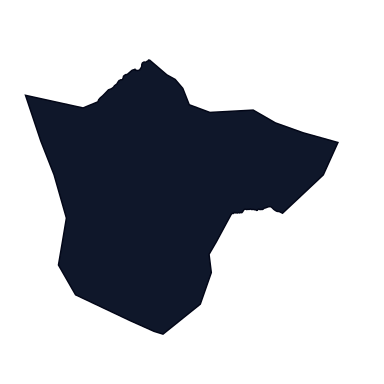 outline of To'grog, Govi-Altay, Mongolia, rotated 262°
{"feature_id": "93677404B72988397034040", "entity_name": "To'grog", "entity_type": "district", "adm_level": 2, "iso_a3": "MNG", "parent_name": "Mongolia", "parent_adm1": "Govi-Altay", "projection": "orthographic", "projection_center": [94.989, 45.729], "detail": "fine", "context": "isolated", "style": "filled", "palette": "ink", "viewbox_px": 384, "rotation_deg": 262, "n_neighbors": 0, "source": "geoboundaries", "source_scale": "gbopen_adm2", "svg_char_len": 1790}
<svg xmlns="http://www.w3.org/2000/svg" viewBox="0 0 384 384"><g transform="rotate(262 192 192)"><path d="M220.7,343.4L235.3,310.0L248.9,284.1L264.6,264.0L268.3,220.8L278.8,201.4L295.9,197.3L305.8,191.0L311.5,183.4L328.7,168.2L328.7,168.3L328.7,168.2L328.0,167.0L327.9,166.2L327.5,165.4L327.1,164.6L327.0,163.8L327.3,163.1L327.3,162.2L326.7,160.9L325.4,160.1L323.4,159.7L322.1,159.0L321.5,158.2L320.8,157.9L320.2,157.2L319.9,156.2L319.8,154.9L320.3,154.0L320.2,153.3L320.4,152.8L321.1,152.8L321.5,152.6L321.2,151.8L321.1,150.7L320.8,149.5L318.5,145.9L317.4,144.2L317.4,143.6L317.5,143.0L317.1,141.8L316.2,140.3L314.5,139.7L313.2,138.9L312.9,138.2L313.0,137.0L312.7,136.3L312.5,135.3L311.5,134.3L310.3,133.3L309.4,132.6L308.0,130.0L306.8,129.0L305.9,127.5L305.3,126.0L304.8,123.5L303.5,121.9L299.7,117.0L298.0,114.3L296.3,112.4L294.4,111.4L290.4,95.8L310.9,40.6L263.4,49.4L228.3,57.8L183.7,64.0L159.9,56.5L138.3,49.6L106.4,62.4L72.8,113.5L59.3,135.0L56.9,140.1L55.3,143.5L79.8,184.6L109.5,199.9L127.9,200.2L139.2,209.1L164.3,227.6L165.3,228.9L165.0,229.8L165.8,230.7L165.8,231.3L165.3,231.6L165.3,232.2L165.5,232.7L165.0,233.5L164.9,234.0L165.1,234.8L165.1,235.3L164.7,236.1L164.9,236.8L164.8,237.3L164.8,237.8L164.6,238.4L165.2,239.2L166.7,240.5L167.3,241.0L167.6,241.9L167.5,242.7L167.0,243.8L167.1,244.9L166.8,246.3L167.1,247.3L166.5,248.2L166.3,249.6L166.2,250.6L165.8,251.3L165.6,252.5L164.8,253.4L164.8,254.2L165.4,254.7L165.8,255.4L165.5,256.4L165.1,256.9L165.2,257.6L165.0,258.6L164.9,259.4L165.2,260.2L165.7,260.9L166.0,261.3L166.0,262.4L166.7,265.3L166.7,267.0L166.3,268.3L165.0,269.4L163.4,270.6L162.1,272.0L161.2,273.2L160.8,274.1L160.7,274.9L160.3,276.0L159.7,276.8L158.4,278.7L190.7,324.4L220.7,343.4L220.7,343.4Z" fill="#0f172a" stroke="#020617" stroke-width="1.5"/></g></svg>